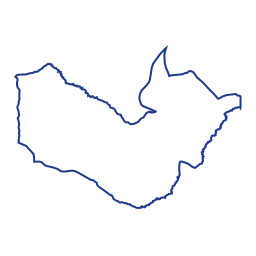 the district of Siem Bouk, Stœng Trêng, Cambodia
{"feature_id": "14789045B16861695729461", "entity_name": "Siem Bouk", "entity_type": "district", "adm_level": 2, "iso_a3": "KHM", "parent_name": "Cambodia", "parent_adm1": "Stœng Trêng", "projection": "mercator", "projection_center": [105.84, 13.315], "detail": "fine", "context": "isolated", "style": "outline", "palette": "blue", "viewbox_px": 256, "rotation_deg": 0, "n_neighbors": 0, "source": "geoboundaries", "source_scale": "gbopen_adm2", "svg_char_len": 5726}
<svg xmlns="http://www.w3.org/2000/svg" viewBox="0 0 256 256"><path d="M34.1,161.7L39.5,161.6L41.1,162.0L42.2,162.6L44.2,164.7L46.0,165.8L53.3,167.5L57.6,169.0L60.9,171.2L64.0,171.6L71.6,170.7L72.9,170.7L75.1,171.2L78.5,172.8L90.2,179.5L90.8,179.8L93.3,180.3L95.0,181.7L96.9,182.9L97.0,184.6L98.0,186.1L104.5,190.7L109.3,194.4L110.8,195.2L111.2,195.1L111.5,195.5L112.1,195.6L113.6,199.0L116.5,200.8L118.1,201.2L118.7,201.9L119.9,202.6L121.7,202.2L122.5,202.3L123.7,202.8L125.3,203.3L126.4,203.1L127.3,203.9L128.3,204.2L128.8,204.3L129.6,204.1L131.2,205.4L133.3,206.5L134.2,206.5L136.2,207.7L138.0,208.0L140.9,207.8L141.3,207.6L141.3,206.6L141.9,206.2L144.1,207.4L144.9,207.1L144.8,206.6L145.7,206.2L146.6,205.3L147.7,205.1L148.6,205.2L149.1,205.0L149.4,204.0L150.8,203.4L151.1,202.8L152.9,202.2L153.2,201.5L153.1,200.9L154.2,200.7L154.7,200.3L156.0,199.7L155.9,199.5L156.6,198.3L157.0,198.3L157.7,198.9L158.4,198.7L158.7,199.3L160.3,198.8L160.5,198.1L162.0,197.6L162.4,197.7L163.0,197.5L163.7,197.3L165.1,197.8L165.0,196.8L166.8,195.1L168.0,194.7L168.9,193.9L170.3,193.9L170.9,193.4L171.9,193.4L171.8,191.8L171.4,191.4L171.1,190.1L171.3,189.8L172.4,188.8L172.3,187.6L172.8,186.3L173.0,186.0L174.1,185.7L174.9,184.7L175.2,183.2L175.3,183.0L175.9,182.9L176.3,182.4L176.4,181.5L177.1,181.2L178.0,179.4L177.9,178.6L177.3,177.3L177.5,177.1L177.8,177.2L178.6,177.8L178.8,177.6L178.6,176.7L179.5,175.4L179.6,173.1L179.1,168.9L179.5,163.7L180.1,161.9L180.8,161.5L181.4,161.5L186.5,163.0L189.2,164.5L191.5,166.1L192.4,167.0L194.9,167.9L196.3,167.0L200.0,164.0L202.1,163.4L202.1,162.1L202.4,161.6L202.7,161.5L203.0,160.5L202.7,159.2L203.1,158.6L202.6,158.1L202.5,157.2L202.8,156.8L203.5,156.5L203.0,155.9L203.0,155.0L202.1,154.3L202.5,153.7L202.0,152.9L202.4,152.8L202.7,152.5L202.3,152.1L203.1,151.8L203.3,151.4L202.7,150.6L203.0,149.5L203.9,149.2L203.9,148.6L204.6,148.1L204.8,147.4L205.8,146.7L205.3,145.7L205.4,145.4L206.7,144.1L206.6,143.6L207.5,143.3L207.9,142.8L208.0,142.0L208.3,141.7L208.7,141.9L209.9,141.6L210.1,140.8L211.2,140.5L211.4,140.2L211.0,138.0L212.0,135.8L212.3,135.7L213.5,135.5L214.6,135.8L215.0,135.3L215.6,135.1L215.4,134.2L215.6,133.5L216.0,133.1L216.1,132.6L215.8,132.0L215.9,131.5L215.7,131.2L216.1,130.3L216.7,130.3L217.2,129.7L218.2,129.2L218.5,129.4L219.0,129.3L219.7,128.8L220.0,128.2L220.4,128.3L220.6,127.9L220.5,127.3L220.9,126.8L220.4,126.6L220.4,126.3L220.5,125.8L221.1,124.9L221.1,124.3L221.9,124.0L222.3,123.4L222.2,123.1L222.7,122.7L223.0,121.7L223.6,121.0L224.3,120.8L224.7,120.4L225.8,120.1L226.1,118.9L226.4,118.6L226.6,117.3L226.5,116.8L225.8,117.4L225.6,115.8L225.4,115.6L225.2,114.9L224.5,114.3L224.7,113.6L225.7,113.1L225.8,112.9L226.3,112.4L227.6,111.8L228.6,111.8L230.7,110.3L231.0,110.3L231.2,110.6L231.4,110.5L232.0,110.5L232.0,110.0L232.6,109.6L232.8,108.8L233.4,108.7L234.2,108.8L235.3,107.8L236.4,107.7L236.9,107.9L237.4,107.5L238.7,107.1L240.2,107.6L240.4,107.9L240.6,106.7L240.5,100.8L240.6,98.3L240.5,96.6L239.9,95.9L238.8,95.6L237.5,95.5L236.9,95.3L236.5,94.4L235.6,94.1L233.8,94.2L227.4,95.0L225.6,95.4L222.6,96.5L218.5,98.8L218.0,98.7L213.0,93.0L210.8,91.0L202.7,82.3L197.0,77.4L195.4,75.0L193.3,72.3L192.9,71.9L191.5,71.5L191.1,71.2L190.2,71.0L189.2,71.2L187.2,72.8L185.1,73.1L182.4,74.3L171.5,75.3L169.2,76.0L167.8,71.8L166.1,68.1L164.8,63.4L164.4,54.8L165.0,51.4L166.1,48.0L165.4,48.6L162.8,51.4L160.6,53.4L153.2,63.5L151.8,67.6L149.9,79.7L148.9,82.2L146.3,85.6L142.0,90.0L140.5,92.6L139.7,95.3L139.4,97.6L139.6,99.9L140.8,103.4L141.4,104.6L142.6,105.8L143.3,106.2L155.6,111.4L155.4,111.9L154.2,112.3L152.7,112.3L152.0,112.7L150.3,112.3L150.5,111.9L149.4,111.7L148.1,112.1L147.1,112.8L146.2,113.2L143.4,117.5L141.0,118.6L139.9,119.8L138.8,121.4L136.5,122.7L133.5,124.0L130.9,124.2L129.9,123.9L128.4,122.5L125.4,122.2L125.0,121.9L124.0,120.7L122.9,118.5L121.8,117.3L121.1,115.9L121.0,115.0L119.8,114.5L118.6,114.4L117.3,113.7L115.8,111.6L114.5,109.2L113.7,108.5L110.6,107.6L110.1,107.2L110.0,106.0L109.4,105.0L109.1,105.0L107.9,104.1L107.0,102.7L104.4,101.9L102.2,100.7L98.6,99.5L97.6,98.9L96.8,97.2L96.2,97.3L95.7,97.9L95.2,98.1L94.7,97.8L94.0,97.8L93.8,97.2L92.9,96.6L92.8,96.3L92.0,96.2L91.0,97.1L90.1,96.7L89.7,95.9L88.8,95.5L88.1,96.0L88.0,95.5L88.1,95.1L88.1,94.2L87.8,93.6L87.4,93.1L86.7,93.0L86.2,93.2L85.5,92.4L86.0,91.7L85.8,90.7L84.9,89.8L83.5,89.3L81.9,89.3L81.7,89.1L82.1,87.9L81.6,88.0L81.4,88.2L80.9,87.8L80.8,88.0L80.5,87.9L80.6,87.4L80.4,86.8L79.7,86.3L78.1,86.6L77.7,86.4L77.2,85.7L76.4,86.3L75.7,85.6L74.4,85.6L73.4,85.0L73.3,84.6L73.6,84.3L73.2,83.9L72.5,84.0L72.4,84.3L71.8,84.4L70.7,84.4L69.5,84.1L68.6,83.6L67.1,83.5L65.8,83.0L66.0,82.4L65.5,81.7L65.7,81.0L65.6,80.3L63.2,78.3L63.1,78.1L63.3,77.3L62.3,77.2L62.2,76.6L61.1,75.5L61.0,75.1L61.6,74.6L61.6,74.2L61.5,73.9L60.5,73.5L60.3,72.8L60.7,72.1L59.8,72.0L59.1,71.9L58.5,71.4L58.3,71.5L58.4,71.2L59.1,71.1L59.1,70.8L58.6,70.8L58.2,69.8L57.2,69.5L56.2,68.7L56.0,68.1L55.0,68.2L52.4,66.4L52.5,65.6L51.6,65.3L51.6,64.7L51.3,64.4L51.0,64.5L50.4,64.4L50.3,64.0L49.7,64.3L48.3,63.8L46.9,64.5L45.8,65.7L45.2,65.7L44.6,66.3L43.9,66.5L41.6,68.9L38.7,70.4L38.6,70.9L38.1,71.5L36.1,71.7L35.6,71.9L35.0,71.8L34.6,72.1L34.0,72.1L33.3,72.7L31.8,73.1L30.3,73.1L27.0,74.2L24.6,74.5L20.4,74.6L17.7,74.9L16.7,75.3L15.4,76.9L17.0,78.1L17.5,79.0L17.5,80.2L16.9,83.1L17.1,85.5L17.8,87.7L19.2,89.5L19.6,90.7L19.2,94.2L19.4,95.2L19.2,96.4L19.6,98.6L18.9,100.7L18.7,103.5L17.4,106.8L17.4,107.8L18.5,111.3L19.1,114.9L18.8,116.4L17.9,117.9L17.7,118.6L18.6,120.9L19.0,122.9L19.0,124.8L18.6,127.7L19.5,131.3L19.0,132.0L19.0,133.0L18.8,133.6L19.5,135.5L19.0,137.0L19.0,139.4L18.5,140.0L18.6,140.8L18.9,141.5L18.6,142.7L26.3,146.0L32.9,153.4L33.4,153.6L34.1,157.2L34.1,161.7Z" fill="none" stroke="#1e3a8a" stroke-width="2"/></svg>